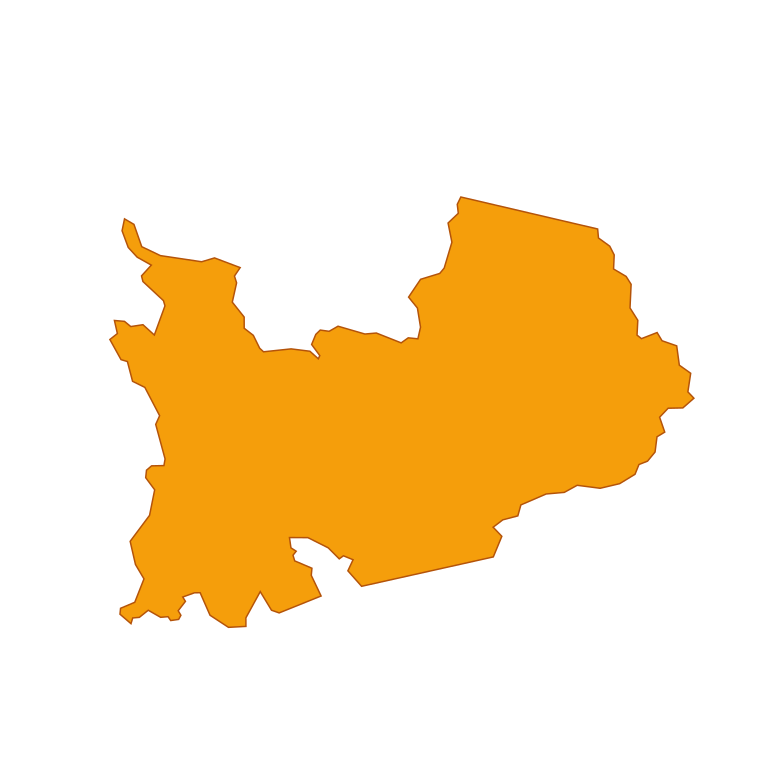 outline of Barreirinha, Amazonas, Brazil, rotated 259°
{"feature_id": "56859067B80931360184999", "entity_name": "Barreirinha", "entity_type": "district", "adm_level": 2, "iso_a3": "BRA", "parent_name": "Brazil", "parent_adm1": "Amazonas", "projection": "albers", "projection_center": [-57.163, -3.133], "detail": "medium", "context": "isolated", "style": "filled", "palette": "amber", "viewbox_px": 768, "rotation_deg": 259, "n_neighbors": 0, "source": "geoboundaries", "source_scale": "gbopen_adm2", "svg_char_len": 1953}
<svg xmlns="http://www.w3.org/2000/svg" viewBox="0 0 768 768"><g transform="rotate(259 384 384)"><path d="M552.9,495.1L546.4,490.2L537.4,489.5L529.8,477.6L510.2,477.7L486.3,465.2L481.9,459.8L479.8,439.9L464.6,424.7L452.2,431.3L432.8,430.7L421.9,425.9L424.7,416.6L421.1,408.7L435.5,386.2L436.7,374.8L449.5,349.9L446.2,340.2L449.1,331.7L445.7,326.5L436.6,320.5L424.1,326.4L421.3,324.3L430.3,317.5L436.2,299.5L438.6,271.9L442.8,268.8L456.7,265.0L465.4,257.4L476.4,259.5L493.3,250.7L511.4,258.6L518.5,257.8L525.7,265.0L540.1,241.7L538.8,228.3L552.7,189.0L565.0,172.4L588.4,169.0L595.6,160.8L584.4,156.1L566.8,159.0L555.6,165.9L545.1,178.3L536.4,166.6L530.6,166.9L507.9,183.4L502.5,183.9L475.9,167.9L488.2,158.7L488.7,146.4L495.0,141.2L497.8,131.5L484.4,131.9L480.0,123.4L458.1,130.5L455.0,136.4L434.6,137.7L426.3,148.6L395.7,157.7L387.9,152.2L352.2,154.8L345.9,152.4L348.0,140.2L344.7,134.4L337.5,132.2L323.9,138.7L299.8,128.8L278.0,104.8L254.2,105.6L238.5,111.2L217.3,97.7L214.1,82.6L208.4,80.9L197.0,89.9L202.3,92.7L201.6,99.3L206.9,109.4L197.6,120.2L196.8,127.6L192.5,129.5L192.1,137.5L195.7,140.5L200.7,138.7L208.5,147.6L213.3,145.8L215.2,158.1L214.2,163.7L190.2,169.1L174.8,184.9L172.4,202.2L180.8,203.8L203.8,222.9L183.4,230.4L179.3,237.4L187.9,281.8L210.0,276.1L216.9,278.1L227.4,262.6L233.3,262.0L236.6,265.9L240.9,261.4L251.3,261.9L247.7,280.0L233.8,298.0L220.9,306.7L223.1,311.4L217.4,320.1L207.5,312.9L189.7,323.4L193.4,458.3L212.0,470.6L222.6,463.8L228.0,474.7L229.0,490.2L239.2,495.3L245.1,522.2L243.2,540.3L247.7,554.3L240.4,576.3L241.2,596.3L247.5,613.2L256.3,618.9L258.0,628.0L265.5,637.1L280.1,641.9L283.2,650.4L298.8,648.2L306.0,658.3L303.5,672.8L310.9,685.5L318.3,680.8L336.0,687.1L346.1,677.5L365.6,678.6L373.4,665.2L382.4,661.9L379.4,645.4L383.7,641.7L398.1,645.3L411.7,640.0L434.7,645.6L443.4,642.2L453.1,631.3L466.8,634.6L476.2,631.9L486.4,622.4L495.4,623.3L552.9,495.1Z" fill="#f59e0b" stroke="#b45309" stroke-width="1.5"/></g></svg>